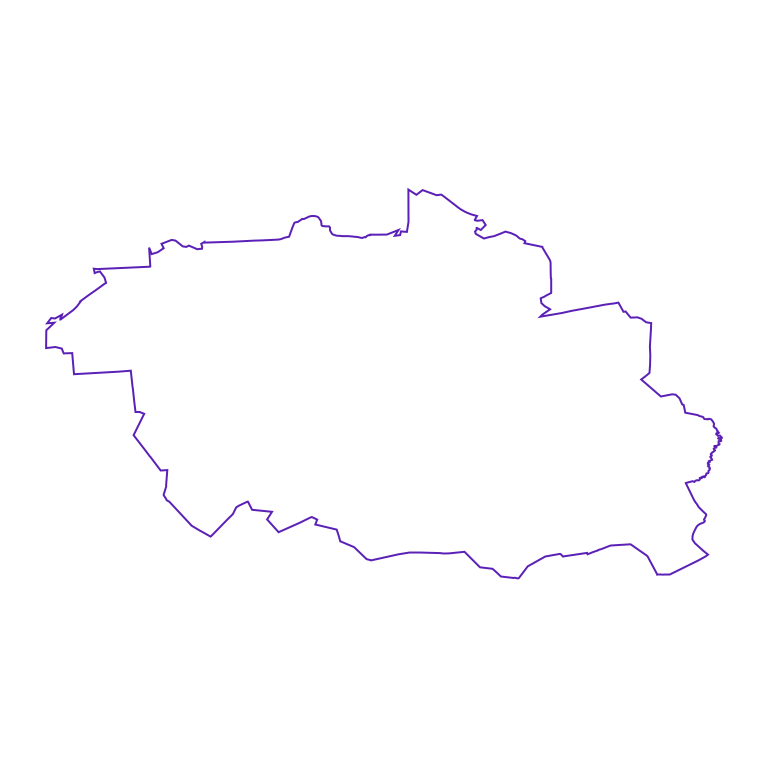 Dāviņu pag., Bauska, Latvia
{"feature_id": "27541924B37051208002630", "entity_name": "Dāviņu pag.", "entity_type": "district", "adm_level": 2, "iso_a3": "LVA", "parent_name": "Latvia", "parent_adm1": "Bauska", "projection": "natural_earth1", "projection_center": [24.381, 56.504], "detail": "fine", "context": "isolated", "style": "outline", "palette": "violet", "viewbox_px": 768, "rotation_deg": 0, "n_neighbors": 0, "source": "geoboundaries", "source_scale": "gbopen_adm2", "svg_char_len": 6038}
<svg xmlns="http://www.w3.org/2000/svg" viewBox="0 0 768 768"><path d="M542.3,246.9L524.5,243.2L525.3,241.2L522.5,239.3L520.2,238.7L519.1,238.0L516.9,236.1L515.6,235.2L510.9,233.1L505.4,231.6L501.9,233.1L494.2,236.1L489.5,237.0L483.9,238.5L475.8,233.9L475.0,231.6L476.6,229.8L476.6,228.0L476.8,227.9L480.8,230.0L485.7,225.0L482.5,220.1L477.3,220.8L474.9,220.2L474.8,219.9L477.0,216.0L471.3,214.4L466.5,212.5L464.5,211.5L460.7,209.3L457.8,207.2L443.4,196.1L441.3,194.6L436.6,195.2L422.6,190.1L416.4,194.8L408.4,189.6L408.5,221.9L406.9,231.9L401.0,231.4L400.1,235.1L394.8,235.8L398.5,230.0L386.8,234.6L370.1,234.7L370.1,235.1L368.8,235.1L366.9,236.0L365.6,237.3L364.5,237.1L362.4,237.9L360.8,237.8L358.1,237.1L356.9,237.0L355.5,236.8L354.5,236.8L352.5,236.5L347.7,236.1L341.9,236.1L340.6,235.9L336.8,235.7L335.5,235.4L332.9,234.5L332.0,233.8L330.1,230.6L330.0,229.9L330.0,227.5L329.0,226.4L328.1,226.3L325.7,226.4L324.2,226.1L323.0,226.2L322.3,226.0L321.5,225.1L321.3,222.8L321.0,221.1L320.5,220.3L318.8,217.9L318.3,217.3L317.7,216.9L316.4,216.4L314.2,216.0L311.7,216.0L309.3,216.5L304.2,218.9L303.4,219.0L302.1,218.9L302.0,219.2L297.8,221.9L294.9,222.5L294.3,223.0L292.4,227.6L289.1,236.7L284.9,237.6L280.9,239.1L278.4,239.6L261.8,240.4L254.6,240.6L233.3,241.7L204.6,242.6L204.5,241.9L201.2,243.9L202.2,246.7L202.0,248.7L197.2,249.2L188.9,245.6L186.4,246.9L182.8,246.4L175.5,240.6L171.7,239.9L161.5,243.8L163.7,248.2L157.8,252.2L151.7,254.1L149.1,247.6L150.3,266.4L150.0,266.7L97.0,269.1L93.8,268.7L94.7,273.1L96.6,272.3L99.9,271.4L104.5,277.6L106.1,282.9L104.5,283.8L97.0,289.3L88.0,295.6L80.4,301.2L80.7,301.4L76.8,306.6L73.3,310.0L60.6,319.5L60.3,319.5L60.4,318.2L61.8,315.5L62.0,315.0L62.1,314.6L55.0,318.5L51.2,318.0L47.2,323.3L54.3,322.7L46.3,330.3L46.1,348.1L55.4,347.0L61.8,348.6L62.2,349.7L63.7,353.4L72.2,353.1L74.0,374.2L118.1,371.7L130.8,370.7L132.5,386.4L132.9,388.8L134.2,401.2L135.5,412.0L139.7,412.0L144.2,413.8L133.6,435.2L144.5,449.3L150.1,456.7L150.4,456.9L160.5,470.3L160.7,470.5L161.0,470.5L167.3,470.1L166.1,485.4L166.2,486.5L163.6,494.9L163.7,495.2L166.3,499.2L166.7,500.3L169.2,501.6L191.3,525.3L191.3,525.5L200.1,530.8L201.0,531.2L210.6,536.6L211.5,535.8L227.0,519.9L232.9,514.1L236.2,507.4L238.9,505.7L245.2,502.7L247.8,501.6L248.0,501.7L251.1,507.9L252.1,509.8L272.0,511.8L267.1,519.5L267.9,520.3L278.6,532.2L300.1,522.6L309.8,517.8L311.8,517.0L317.2,519.6L315.3,524.5L336.7,529.6L338.7,535.8L340.3,541.4L341.0,541.6L353.8,547.0L354.5,547.5L365.7,558.3L366.6,559.1L367.1,559.3L370.5,560.1L371.1,560.4L398.5,554.3L409.7,552.5L419.0,552.5L440.3,553.1L443.3,553.5L448.6,553.4L451.0,553.2L464.5,551.8L480.0,567.3L492.5,568.8L496.5,572.3L500.9,576.5L513.7,578.0L514.1,577.8L515.2,577.8L517.6,578.4L518.5,578.3L519.0,577.9L527.8,566.3L545.3,556.5L559.8,553.9L560.5,554.0L563.1,556.6L563.4,556.4L587.1,552.9L587.4,554.1L587.6,554.3L592.7,552.2L598.2,550.3L598.4,549.9L601.1,549.2L610.3,545.6L610.9,545.5L630.3,544.3L630.9,544.5L646.5,555.4L647.6,556.4L657.0,574.0L657.1,574.6L660.4,574.4L661.3,574.6L669.8,574.5L698.6,560.3L705.6,556.4L708.0,554.6L703.3,550.8L695.0,543.3L692.4,539.5L692.6,535.9L693.2,533.7L694.0,531.8L696.4,527.1L697.4,525.8L698.6,524.8L699.8,524.0L702.6,522.9L703.8,522.3L704.5,521.7L704.8,521.0L704.7,520.6L704.2,520.1L704.0,519.5L705.1,517.7L706.2,515.2L706.1,514.4L705.6,513.8L703.1,511.5L698.6,507.0L697.7,505.3L697.0,504.5L696.7,503.7L695.8,502.8L693.8,499.6L693.2,498.3L685.8,483.1L686.5,482.8L692.6,481.2L694.4,481.9L694.8,481.3L695.8,480.6L697.0,480.2L698.2,480.4L699.0,480.3L699.5,479.9L699.7,479.1L700.1,478.9L699.9,478.0L700.4,477.7L701.0,477.7L701.6,478.0L702.0,477.8L702.3,477.6L702.4,477.4L702.2,476.9L702.9,476.6L703.7,476.4L703.7,477.0L704.6,477.2L704.9,477.0L705.0,476.9L705.2,476.1L706.0,475.1L706.1,474.3L706.4,473.6L706.8,473.3L707.6,473.3L708.3,473.0L708.5,472.7L708.4,471.5L708.6,470.8L709.0,470.5L709.7,469.6L709.4,468.8L709.9,468.3L709.4,467.1L708.6,466.7L708.0,466.1L708.2,465.9L708.6,465.8L708.7,465.6L709.1,464.7L707.9,464.0L707.8,463.1L708.2,462.5L709.1,462.5L709.6,462.3L709.7,461.7L709.1,461.3L709.0,461.1L710.5,460.5L711.5,460.0L712.1,459.8L711.9,459.0L711.3,458.3L710.7,457.4L710.3,457.1L710.3,456.8L710.5,456.5L711.2,456.5L711.4,456.3L711.3,455.9L711.8,455.3L711.7,455.0L710.9,454.5L710.8,454.1L710.9,453.8L711.5,453.3L711.8,452.9L712.7,452.1L713.2,452.0L713.7,451.4L714.8,450.7L715.0,450.4L714.7,449.9L714.2,449.6L713.7,448.8L714.1,448.4L715.2,447.8L716.3,447.5L716.3,447.3L716.1,447.1L715.3,447.0L714.4,446.4L714.5,446.0L715.6,446.0L716.1,445.9L716.9,445.8L718.6,444.7L719.4,444.6L719.5,444.4L719.5,443.9L718.9,443.6L718.7,443.4L718.5,442.7L718.6,441.2L718.9,441.0L719.9,441.3L721.0,441.1L721.2,440.8L720.8,440.1L720.9,439.7L720.3,439.2L719.2,438.8L718.4,438.7L718.2,438.5L718.4,438.1L718.9,438.0L721.4,438.4L721.8,438.0L721.9,437.7L721.7,437.3L720.7,436.6L720.4,435.9L719.9,435.6L718.7,435.6L718.2,435.9L717.9,435.8L717.2,434.8L716.4,434.5L716.3,434.3L716.4,433.9L716.3,433.5L717.1,433.0L718.4,433.1L718.8,432.8L718.4,432.4L717.8,431.2L717.1,430.9L716.9,430.7L716.9,429.8L716.6,429.1L715.9,428.4L715.4,428.1L715.2,427.8L714.9,427.8L713.6,426.4L714.0,424.3L714.0,423.6L713.2,422.0L712.9,421.7L712.3,420.7L711.2,419.4L709.8,418.9L708.8,418.9L708.4,419.2L707.9,419.0L707.4,419.3L706.6,419.1L704.9,419.1L704.4,418.9L703.9,418.5L703.3,417.2L701.9,416.6L700.4,416.3L699.2,415.9L697.8,415.1L685.3,412.7L683.7,405.0L682.2,404.4L679.5,398.3L675.8,394.8L672.9,394.3L671.1,394.5L660.9,396.5L641.2,379.5L645.8,376.0L649.5,372.9L650.1,364.2L650.3,355.3L649.9,346.6L650.9,330.4L651.2,323.1L646.4,322.3L646.0,322.2L641.6,318.8L637.3,317.3L634.5,317.5L630.6,317.6L625.6,311.5L623.5,311.8L618.4,302.6L612.7,303.7L612.3,303.6L604.6,304.7L588.3,307.8L571.4,310.9L561.9,313.0L540.3,316.7L542.4,314.6L550.1,309.3L549.4,308.8L544.7,306.2L541.4,303.1L540.7,298.3L544.7,296.5L545.7,295.8L551.1,293.0L551.2,292.7L551.2,278.8L550.9,278.6L550.7,273.2L550.6,263.1L550.5,262.2L550.1,260.6L549.2,258.9L542.7,248.0L542.3,247.1L542.3,246.9Z" fill="none" stroke="#5b21b6" stroke-width="2"/></svg>